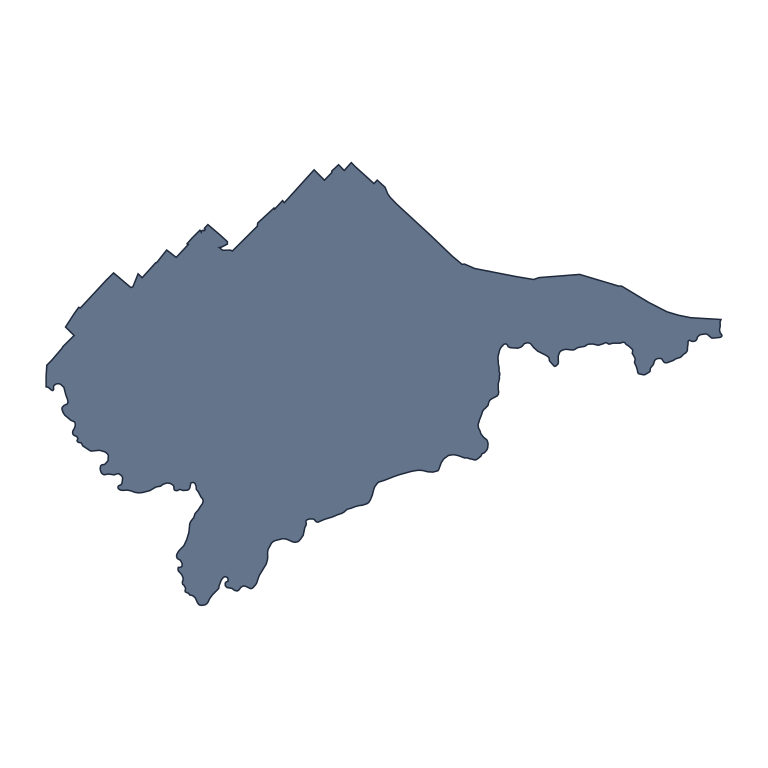 Lezama, Buenos Aires, Argentina (Natural Earth projection)
{"feature_id": "61730980B50234098483318", "entity_name": "Lezama", "entity_type": "district", "adm_level": 2, "iso_a3": "ARG", "parent_name": "Argentina", "parent_adm1": "Buenos Aires", "projection": "natural_earth1", "projection_center": [-57.824, -35.864], "detail": "fine", "context": "isolated", "style": "filled", "palette": "slate", "viewbox_px": 768, "rotation_deg": 0, "n_neighbors": 0, "source": "geoboundaries", "source_scale": "gbopen_adm2", "svg_char_len": 6078}
<svg xmlns="http://www.w3.org/2000/svg" viewBox="0 0 768 768"><path d="M46.1,386.9L47.1,386.9L48.7,387.7L51.0,389.8L52.7,390.6L53.6,389.7L53.6,386.8L53.9,385.5L56.3,383.9L58.8,383.7L60.2,384.1L61.2,384.8L63.9,387.4L65.9,395.2L67.5,399.4L68.0,402.0L67.3,403.9L64.1,405.4L62.2,407.3L61.9,408.4L62.0,409.4L63.1,412.6L64.9,415.3L71.0,420.4L74.3,421.7L75.1,422.9L75.3,425.6L74.3,428.5L73.0,430.6L72.7,431.6L72.6,432.7L73.1,434.6L74.3,435.5L76.5,436.4L77.4,437.5L77.9,438.4L77.0,440.8L78.1,442.3L81.2,442.9L82.8,445.9L89.9,450.6L91.2,451.1L99.5,450.3L104.8,451.8L107.0,453.4L107.8,454.4L108.4,455.9L108.1,458.1L108.1,460.6L104.8,464.3L101.7,464.9L100.6,465.9L100.2,468.1L100.2,469.4L100.9,471.9L101.5,473.0L102.4,473.9L104.1,474.8L108.5,474.0L114.3,474.9L116.6,473.9L118.7,473.7L121.3,475.5L122.4,477.0L122.6,477.9L122.1,482.5L121.7,483.8L121.1,484.6L119.0,485.6L118.4,486.0L118.0,486.8L118.0,487.9L118.5,488.8L120.2,490.0L122.4,490.4L127.5,490.1L131.0,490.9L135.2,492.4L138.7,492.9L142.7,492.5L149.9,490.6L155.9,487.0L160.6,486.2L163.0,484.3L166.9,483.0L168.4,483.1L170.7,483.6L172.8,485.0L173.5,485.8L173.8,486.6L174.1,489.3L174.4,490.0L175.4,490.5L177.0,490.7L179.9,489.4L183.1,490.5L187.3,490.2L188.7,489.6L189.8,488.0L190.8,483.2L191.2,482.8L193.3,482.4L195.0,483.4L196.2,486.6L196.2,488.7L196.4,489.5L198.4,492.0L201.0,497.1L202.5,498.7L203.1,500.7L203.0,502.0L202.3,503.9L200.5,506.3L198.5,509.6L195.0,513.7L193.8,517.5L191.2,520.8L190.3,522.3L189.7,524.0L188.9,532.4L186.6,539.8L183.9,545.6L178.8,550.9L178.1,552.0L176.9,554.2L176.5,556.1L177.0,557.9L177.9,558.9L180.3,560.2L182.1,563.4L182.0,566.0L181.6,566.7L180.0,567.3L178.3,567.4L178.0,568.3L178.1,570.1L178.4,571.0L181.6,574.5L182.9,577.3L183.2,579.0L183.0,580.2L182.4,581.6L182.4,583.4L182.8,584.4L184.0,585.3L185.4,587.8L185.5,588.9L185.1,590.6L185.2,591.7L186.2,592.4L188.4,593.2L189.8,595.0L192.0,595.3L193.6,596.3L195.4,598.1L197.6,603.0L198.9,604.5L199.4,605.0L201.6,605.4L205.3,604.8L206.8,603.7L208.0,602.2L209.7,598.6L212.4,594.9L218.7,588.5L219.2,585.5L221.1,580.6L222.4,578.4L224.6,576.6L226.7,577.1L227.7,578.0L228.0,579.1L228.0,581.2L226.1,582.0L225.4,582.7L225.2,583.4L225.3,585.7L226.9,587.5L231.9,588.4L234.6,590.4L237.2,591.0L238.7,590.2L241.0,587.2L243.3,586.0L245.6,586.3L250.4,588.6L251.4,588.6L252.9,587.8L255.0,585.5L256.6,583.3L258.7,577.0L259.6,574.9L266.2,564.1L267.3,560.3L267.7,557.8L267.6,552.0L268.1,549.4L271.5,543.1L272.9,541.8L274.7,540.7L282.7,538.7L286.4,539.1L293.0,542.0L295.6,542.3L298.4,541.5L300.5,539.2L303.2,535.3L304.8,527.7L306.2,524.8L306.3,523.8L305.9,521.6L306.1,520.7L306.8,519.9L309.4,519.0L313.1,519.0L314.2,519.5L316.0,521.6L317.6,522.2L318.4,522.0L324.7,519.3L332.6,516.9L337.4,514.8L341.6,513.4L344.0,512.1L346.4,509.9L347.6,509.1L350.9,508.3L355.0,506.7L359.1,505.6L362.5,505.2L367.0,503.7L368.6,502.6L370.2,500.2L372.3,495.2L373.8,489.2L374.9,486.5L377.5,483.1L378.5,482.2L384.7,480.2L394.1,476.5L399.7,474.6L411.7,471.3L417.8,470.3L420.4,470.3L423.7,470.7L427.6,471.8L433.0,472.1L437.4,470.9L438.1,470.6L438.6,469.9L441.2,462.8L443.3,459.6L444.5,458.2L445.5,457.7L448.3,455.5L452.2,454.8L454.6,454.8L458.5,455.7L464.6,458.0L467.0,457.8L470.0,458.9L471.8,459.1L474.2,459.9L475.7,459.9L477.3,459.1L481.0,456.1L482.0,453.7L484.4,452.8L486.9,449.9L487.7,447.9L488.1,443.8L487.5,441.3L486.8,439.8L483.5,437.2L480.9,433.8L479.9,430.6L478.5,428.0L478.1,424.4L479.2,421.2L479.3,420.4L481.7,414.3L482.6,411.3L483.9,409.4L485.1,408.5L487.7,405.8L488.1,405.2L488.7,402.4L489.4,401.0L490.0,400.1L491.9,398.7L497.2,395.9L498.3,394.3L498.7,391.8L498.3,390.0L498.2,383.8L499.3,379.4L499.5,378.2L499.3,376.0L499.7,375.1L499.8,374.2L499.7,372.9L499.0,371.4L499.1,367.7L498.2,363.2L498.3,361.3L498.0,358.9L498.1,356.2L499.7,349.8L501.1,347.3L503.9,344.3L505.5,343.9L506.6,344.2L507.4,345.0L508.2,346.7L510.3,347.7L517.7,348.2L520.8,347.2L522.5,345.9L524.1,343.8L524.8,343.5L527.7,342.7L529.9,343.3L530.9,344.0L533.5,347.4L537.6,351.1L546.1,355.4L548.3,357.0L549.0,357.8L549.4,360.8L553.7,365.7L554.7,366.4L556.1,365.9L558.1,363.8L558.4,362.4L558.2,356.9L558.4,355.5L559.6,352.4L560.5,351.2L563.4,349.8L565.8,349.3L572.2,350.0L574.2,349.8L577.0,348.0L578.7,347.4L584.9,346.3L586.8,344.9L588.2,344.2L592.8,344.0L598.3,345.3L603.1,343.8L605.5,342.6L606.9,343.0L608.7,344.1L610.2,344.0L612.6,343.2L619.2,343.2L620.6,343.1L622.2,342.4L624.2,342.3L624.8,342.7L626.1,344.4L628.8,346.1L632.6,349.7L632.6,351.3L632.2,353.3L634.0,356.3L635.1,358.6L635.2,359.2L634.5,362.2L634.7,363.1L636.2,366.3L637.4,370.3L637.7,372.4L638.3,373.4L638.8,373.8L643.4,374.8L644.8,374.7L645.8,374.2L649.6,371.9L650.0,371.4L650.3,368.7L650.7,367.7L653.4,364.5L654.6,360.6L655.7,359.4L656.8,358.8L659.2,358.4L661.6,358.7L663.9,362.1L664.6,362.6L665.7,362.8L667.1,362.7L673.2,360.5L675.6,358.9L680.0,357.5L681.0,356.9L683.6,354.3L686.0,352.7L687.1,351.1L687.4,350.4L687.5,347.3L688.0,344.3L688.1,341.2L689.0,340.4L689.7,340.3L691.1,341.1L692.9,341.5L695.5,340.9L696.8,339.4L697.6,336.8L699.6,335.0L701.9,334.4L705.9,333.9L707.5,334.5L711.5,338.0L713.1,338.1L720.2,337.4L721.0,337.0L721.9,336.1L721.9,335.1L720.0,332.4L719.5,329.5L720.2,326.4L720.1,321.8L721.0,319.5L690.8,317.7L678.8,315.3L667.0,311.8L648.5,302.3L621.6,286.1L618.7,286.1L579.6,274.4L539.0,277.6L533.6,279.5L516.3,276.6L474.7,268.5L464.6,264.1L462.0,264.3L452.3,256.2L430.0,234.8L397.0,204.4L390.1,197.3L387.7,193.8L385.1,187.3L377.2,180.1L374.0,183.6L355.0,166.4L351.3,162.6L344.2,170.5L338.6,164.7L331.8,171.0L331.8,172.6L324.4,180.2L314.1,169.8L284.3,202.7L282.6,200.6L274.6,209.2L274.0,208.0L257.7,223.0L257.3,226.2L232.4,251.0L230.4,250.1L222.7,250.3L219.2,247.5L221.6,247.1L227.4,244.1L227.4,241.7L219.9,234.8L207.9,224.6L204.4,228.3L205.3,229.7L204.0,230.8L203.1,230.2L201.6,230.8L201.2,232.2L199.9,230.2L191.8,238.3L187.0,243.8L188.3,244.5L176.2,257.4L166.7,250.0L156.6,262.7L155.7,262.7L142.2,277.7L138.1,273.8L132.9,286.8L130.8,287.5L113.6,272.9L105.9,280.5L80.4,308.0L78.7,307.3L74.4,313.3L65.5,327.0L74.1,335.5L62.9,346.6L61.8,348.5L51.5,360.5L46.8,365.2L46.1,376.3L46.1,386.9Z" fill="#64748b" stroke="#1e293b" stroke-width="1.5"/></svg>